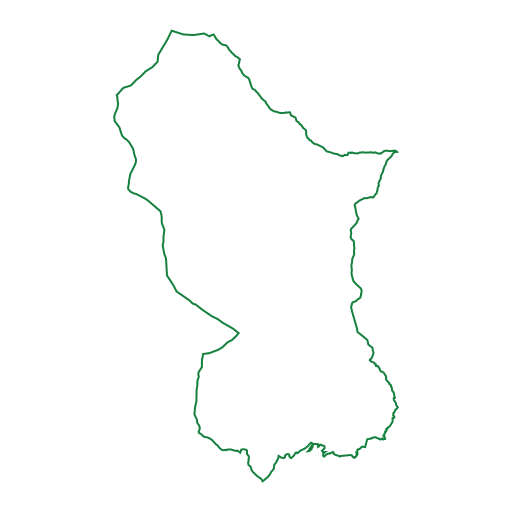 the district of Albestii De Muscel, Arges, Romania
{"feature_id": "2599482B98216268157036", "entity_name": "Albestii De Muscel", "entity_type": "district", "adm_level": 2, "iso_a3": "ROU", "parent_name": "Romania", "parent_adm1": "Arges", "projection": "orthographic", "projection_center": [24.987, 45.368], "detail": "fine", "context": "isolated", "style": "outline", "palette": "green", "viewbox_px": 512, "rotation_deg": 0, "n_neighbors": 0, "source": "geoboundaries", "source_scale": "gbopen_adm2", "svg_char_len": 6065}
<svg xmlns="http://www.w3.org/2000/svg" viewBox="0 0 512 512"><path d="M354.3,457.8L355.4,456.6L356.1,456.6L356.3,455.8L357.1,455.1L357.2,454.5L356.8,454.2L357.5,453.5L357.2,452.8L356.7,452.4L356.4,452.6L356.3,452.3L357.3,452.2L357.2,450.3L357.6,450.1L357.8,449.6L358.4,449.1L359.5,449.1L361.0,447.7L361.1,447.3L362.5,446.7L365.1,447.1L367.2,439.3L370.8,438.6L371.3,438.1L371.7,438.4L374.0,437.2L374.8,437.5L375.7,437.2L377.5,438.3L379.3,438.7L379.4,439.1L380.2,439.5L382.4,438.6L382.4,439.0L383.0,439.5L385.1,438.9L384.5,436.7L383.4,435.7L383.5,435.5L384.4,434.6L384.4,433.7L385.8,431.7L385.4,431.3L386.3,430.9L386.5,430.1L386.3,429.0L387.2,428.9L387.6,428.5L387.5,427.8L390.0,426.0L392.6,421.6L392.6,418.2L394.3,417.6L394.2,416.3L393.2,415.6L393.5,412.8L394.2,412.4L395.5,409.6L396.6,408.9L397.8,407.4L396.2,405.0L395.7,402.6L394.0,400.5L393.7,398.3L393.8,397.9L394.8,397.7L393.6,392.3L392.5,391.2L392.1,390.2L391.7,387.4L391.0,386.6L391.2,385.8L390.6,384.8L389.3,384.0L389.3,383.0L388.1,382.0L386.2,379.6L386.0,379.1L386.2,377.4L385.8,375.8L385.0,374.9L384.0,373.0L382.2,371.7L381.1,371.6L380.5,370.9L379.8,369.6L379.6,368.4L378.7,367.7L378.3,366.3L377.7,366.4L377.2,366.0L375.9,365.9L375.7,365.0L375.9,364.4L374.8,364.0L374.6,363.3L373.9,362.5L371.8,361.9L369.8,360.3L370.0,359.6L370.3,359.7L371.8,357.7L373.3,353.9L373.5,352.7L372.7,350.0L372.7,348.4L372.4,347.7L368.4,344.6L367.4,340.2L367.1,339.8L360.4,334.2L357.9,332.4L357.2,330.9L357.2,329.3L351.9,310.9L351.1,306.9L352.2,303.1L352.8,302.3L355.8,301.2L357.4,299.6L360.2,297.8L361.1,294.9L361.0,293.9L361.5,292.6L361.5,289.8L360.4,288.0L355.3,283.3L353.6,281.3L352.8,279.2L351.6,274.1L351.5,272.4L351.8,271.2L351.8,269.6L351.4,266.2L351.5,264.4L352.0,262.7L352.3,258.7L354.2,254.5L354.0,250.5L354.4,248.9L354.3,247.2L353.9,244.6L354.1,243.0L353.5,240.8L351.9,239.6L350.6,237.4L351.2,233.3L351.2,232.4L350.7,230.3L351.0,229.0L356.1,223.6L356.9,222.4L357.4,220.6L358.6,219.0L356.7,214.8L355.6,209.8L355.4,207.5L354.7,205.7L354.8,204.6L355.9,203.1L357.1,202.6L359.0,200.8L364.8,198.0L366.6,198.3L370.8,197.0L371.2,197.4L372.4,197.2L373.2,197.5L375.6,194.2L376.4,193.6L377.5,189.8L377.7,188.3L377.9,187.0L378.9,185.8L378.5,183.5L378.8,182.4L380.7,178.7L380.9,175.9L383.0,171.5L383.4,170.1L383.3,169.3L384.1,167.9L384.4,166.5L385.8,164.2L386.6,161.4L387.8,159.6L391.5,156.3L392.6,154.0L394.6,152.0L397.0,151.9L396.5,151.2L394.5,150.6L389.9,151.2L386.6,150.6L384.2,151.0L381.8,152.9L380.8,153.5L380.4,153.2L379.7,153.6L378.0,153.5L375.0,152.3L373.5,152.8L370.3,152.2L368.7,152.6L366.8,152.5L365.7,152.7L362.0,152.2L360.5,152.7L359.5,152.6L357.9,153.4L353.8,153.2L351.9,152.4L350.9,153.1L349.0,152.5L348.1,153.3L347.6,154.9L346.7,155.2L344.8,154.8L343.7,155.7L342.3,156.2L342.2,155.8L339.7,155.5L337.5,154.2L332.8,153.3L330.7,152.3L327.0,151.5L326.0,150.7L323.1,147.4L316.9,144.4L314.9,144.1L312.3,142.3L311.1,140.7L309.6,140.0L308.4,138.5L307.5,138.0L306.2,134.8L306.1,133.2L306.3,131.7L305.8,130.1L303.0,127.8L301.1,124.8L299.7,124.1L298.8,122.4L296.6,121.1L295.5,117.6L291.0,115.3L290.3,113.1L289.8,112.2L287.1,112.6L285.8,112.4L284.1,113.0L279.6,112.9L276.0,111.6L274.3,111.5L270.4,109.2L266.5,103.7L265.6,101.8L261.6,98.4L259.8,95.6L258.8,94.6L257.9,93.0L256.7,92.2L255.2,90.1L252.9,89.0L251.8,87.7L249.2,79.4L248.4,78.1L244.7,75.8L242.7,73.8L241.1,70.4L239.6,68.6L238.3,65.2L239.1,63.3L239.3,61.4L239.9,59.2L237.0,56.9L235.1,56.0L232.9,53.6L231.6,52.6L230.5,51.0L229.2,49.9L227.8,47.3L226.1,45.4L222.1,44.5L220.0,42.8L218.6,41.1L216.4,39.1L214.5,35.8L213.4,34.5L210.8,35.5L209.6,36.4L204.1,33.5L193.3,35.1L183.2,34.4L171.7,30.7L167.3,39.7L158.3,54.7L157.6,61.7L152.4,67.1L145.7,71.3L140.4,76.7L136.3,79.9L130.9,85.5L123.3,87.9L117.5,94.4L116.7,95.0L117.3,97.0L117.6,101.4L118.1,103.2L117.5,107.9L114.7,114.5L114.2,117.1L114.8,121.3L119.3,127.2L122.0,135.5L124.8,138.6L126.3,139.3L129.3,142.4L133.1,148.8L134.6,155.6L135.9,159.0L136.0,161.4L135.0,164.7L130.3,174.1L128.9,181.7L128.8,184.0L128.1,187.2L128.2,189.1L130.8,191.9L133.5,193.3L136.5,194.1L145.1,198.6L147.8,200.4L160.6,211.4L161.6,215.9L161.8,223.0L164.4,229.8L163.4,237.6L163.6,240.7L162.7,245.5L164.2,253.7L166.0,258.4L167.0,275.6L173.2,284.9L176.6,291.5L189.8,300.6L191.9,302.9L193.4,303.9L195.5,304.4L202.4,309.8L212.0,316.3L217.7,319.1L222.9,322.9L233.3,328.8L238.6,333.1L236.5,335.7L231.9,340.1L227.3,342.5L222.5,347.2L218.6,349.6L209.5,353.1L203.1,354.0L201.9,360.6L201.9,367.0L198.4,372.6L198.4,375.0L198.8,376.3L198.4,378.2L197.9,379.2L197.2,382.6L197.5,384.1L196.6,390.1L196.4,401.7L195.2,406.3L194.4,414.0L194.9,415.5L196.7,419.1L197.0,420.4L197.0,421.6L197.4,423.0L199.3,425.8L199.8,428.4L199.5,429.8L198.7,431.5L198.9,432.8L201.0,434.1L204.0,436.8L207.3,437.4L209.5,438.3L211.8,439.8L216.1,444.4L217.9,445.7L219.0,447.4L221.5,449.7L223.4,450.2L226.0,449.9L226.6,450.2L227.1,449.6L230.4,449.4L235.7,450.9L237.5,450.6L240.2,452.7L241.3,449.6L243.5,449.2L246.4,449.9L247.0,450.7L247.0,453.9L248.7,456.2L248.9,457.9L248.5,459.8L248.6,461.1L248.1,462.7L248.5,464.9L250.6,466.7L251.8,470.7L253.2,472.3L257.2,476.1L261.0,478.7L262.7,481.3L267.8,477.0L269.5,475.0L271.4,471.7L273.9,468.7L273.9,467.0L274.4,464.6L276.4,462.2L276.9,460.5L278.1,458.9L278.6,455.9L281.4,457.6L283.8,458.1L285.0,457.1L285.2,455.2L287.2,454.1L288.3,454.0L289.4,455.1L289.4,456.7L291.0,458.1L293.9,455.7L294.8,453.8L296.2,452.5L297.3,453.3L300.3,450.7L304.7,448.6L308.0,446.0L310.9,442.7L312.6,443.5L312.8,444.0L310.6,447.6L309.5,448.8L309.3,450.1L308.1,451.2L309.2,451.1L311.3,449.4L312.5,446.9L312.8,445.2L313.6,444.2L315.0,443.9L316.6,444.3L317.9,444.0L318.6,444.6L317.9,446.7L318.0,447.0L318.9,446.4L319.6,445.2L320.8,444.6L322.0,445.5L323.8,445.7L324.4,446.3L324.7,448.1L322.0,450.8L322.8,452.1L324.9,452.1L323.6,452.9L323.6,453.5L323.1,454.3L323.4,456.2L323.7,456.5L324.5,456.4L326.1,454.7L327.2,454.0L329.2,453.6L329.7,453.2L330.3,453.4L332.8,452.0L333.5,452.4L333.7,453.9L334.9,454.7L338.9,455.9L339.6,456.5L341.7,455.7L342.1,455.9L350.3,455.0L351.9,455.5L352.7,456.8L353.0,457.0L353.1,456.8L354.3,457.8Z" fill="none" stroke="#15803d" stroke-width="2"/></svg>